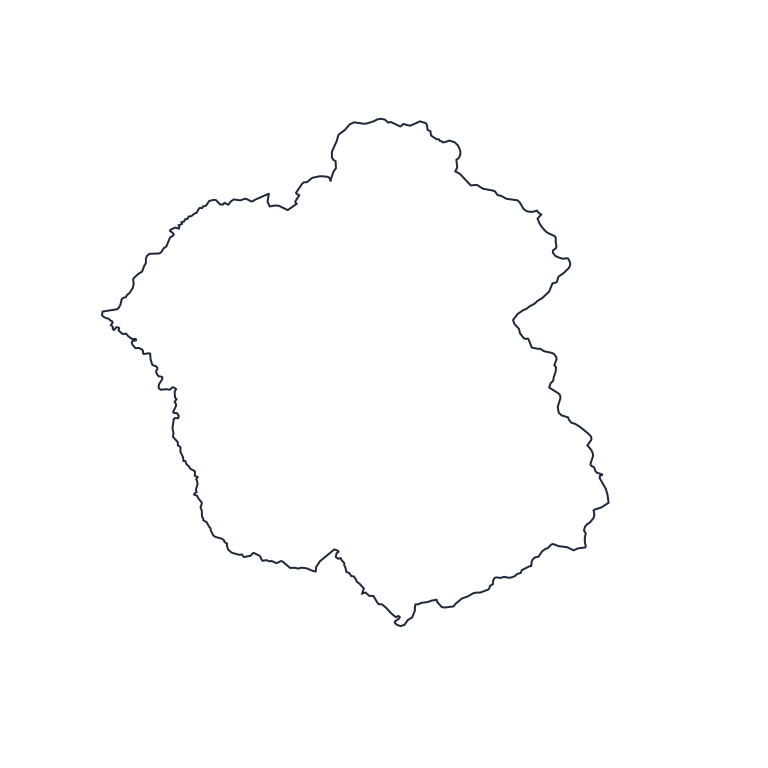 outline of Phuoc Son, Quàng Nam, Vietnam, rotated 323°
{"feature_id": "81297802B80912783182295", "entity_name": "Phuoc Son", "entity_type": "district", "adm_level": 2, "iso_a3": "VNM", "parent_name": "Vietnam", "parent_adm1": "Quàng Nam", "projection": "mercator", "projection_center": [107.809, 15.387], "detail": "fine", "context": "isolated", "style": "outline", "palette": "slate", "viewbox_px": 768, "rotation_deg": 323, "n_neighbors": 0, "source": "geoboundaries", "source_scale": "gbopen_adm2", "svg_char_len": 6166}
<svg xmlns="http://www.w3.org/2000/svg" viewBox="0 0 768 768"><g transform="rotate(323 384 384)"><path d="M611.5,343.3L610.5,340.2L610.4,337.5L606.3,336.0L602.7,332.9L601.6,331.1L600.8,327.8L601.7,321.1L601.2,317.7L593.1,309.6L591.3,305.2L588.3,301.1L588.6,297.0L586.9,294.5L580.7,287.8L578.0,280.9L572.8,277.6L571.1,261.8L568.9,257.1L572.9,255.0L576.7,248.5L579.8,248.5L582.8,246.9L584.7,244.6L586.2,240.6L586.6,237.4L585.9,233.5L582.8,229.0L578.0,227.4L576.2,226.2L576.2,225.0L575.0,223.5L575.1,221.7L573.2,220.0L571.3,214.5L571.3,213.5L573.2,210.2L571.7,207.2L574.1,203.1L574.4,200.8L570.8,195.9L560.3,193.5L555.9,188.0L552.5,188.3L551.8,187.8L547.1,178.8L544.7,177.8L543.8,173.4L541.4,170.5L537.9,168.6L534.6,168.2L527.2,165.7L524.6,164.1L517.6,157.0L512.9,156.0L505.6,157.6L498.6,157.5L497.1,157.9L492.6,161.4L482.1,167.2L478.8,171.6L478.4,174.1L479.4,177.0L475.5,182.7L471.3,184.1L465.2,188.2L463.3,190.1L464.3,187.0L464.2,185.4L462.4,183.3L457.9,179.5L450.8,176.2L444.0,176.4L441.3,174.7L438.8,174.9L428.9,178.3L428.6,179.4L429.9,182.3L423.1,184.8L422.5,185.9L422.7,187.5L411.8,187.2L407.2,178.2L403.8,175.5L399.6,173.4L400.7,168.3L406.4,162.9L406.2,162.6L392.6,159.4L388.8,158.9L387.6,157.9L385.5,153.3L384.4,152.4L379.7,150.8L375.1,146.2L371.6,146.0L367.6,147.1L365.6,143.3L363.4,143.8L361.2,141.9L360.5,136.2L359.4,134.8L354.6,132.6L349.7,134.3L347.9,134.2L346.4,133.2L344.5,134.0L342.9,132.6L342.0,132.5L337.3,134.5L335.0,133.8L331.0,134.0L328.9,132.7L326.1,133.9L324.5,132.8L322.1,133.9L319.7,132.9L319.2,134.4L318.6,134.6L315.6,133.6L315.2,135.2L313.8,136.5L311.4,133.4L306.2,132.3L305.2,133.0L306.2,136.3L306.0,138.2L304.7,138.6L301.4,138.2L292.9,143.2L289.9,143.0L284.9,144.8L282.8,144.3L275.1,138.9L271.8,139.0L269.3,140.6L266.5,144.2L263.3,145.5L258.6,148.6L253.8,148.2L247.4,148.9L246.3,150.0L244.4,153.4L241.0,156.2L235.2,158.3L232.5,158.2L230.2,159.2L227.4,158.3L225.4,158.5L221.2,162.1L218.0,163.5L215.9,163.7L202.9,156.8L200.2,159.2L200.4,161.4L201.8,164.2L203.5,166.3L203.6,168.3L204.6,170.5L204.3,171.6L201.3,172.7L201.8,175.4L200.6,176.6L200.5,177.8L201.2,178.4L204.5,177.6L205.8,178.9L206.1,180.0L204.3,181.4L205.0,185.8L205.9,187.3L208.3,188.5L208.5,191.9L209.8,196.1L210.2,196.8L212.3,198.0L212.8,198.9L212.3,199.8L209.5,198.6L208.5,198.5L207.3,199.3L206.8,201.3L207.0,205.2L207.3,206.0L209.9,207.7L211.5,210.8L211.5,212.4L210.2,214.0L210.1,215.4L214.8,218.0L215.5,219.1L212.5,223.7L210.7,228.5L210.6,229.7L212.7,232.8L212.8,234.6L212.2,235.5L209.5,236.7L208.6,239.8L208.7,242.2L210.6,244.2L211.0,245.3L209.7,246.8L205.1,248.4L203.0,249.8L201.7,251.6L201.7,252.7L202.3,254.2L207.2,257.3L209.4,259.6L213.3,259.4L214.4,261.0L214.9,263.0L212.5,263.9L211.4,265.2L208.9,269.2L209.2,271.3L206.1,272.2L205.7,275.0L204.7,276.3L198.7,279.5L199.0,281.0L201.2,282.8L200.9,286.1L199.0,287.4L196.7,285.5L195.0,285.5L188.5,291.9L186.2,296.8L184.0,298.6L183.7,299.9L184.3,306.4L182.4,309.0L183.3,311.0L183.3,312.3L180.7,315.4L179.4,321.6L177.5,324.7L178.9,326.0L178.0,329.2L178.6,332.9L178.3,335.1L180.4,339.7L180.1,340.6L177.7,343.4L179.1,346.2L176.7,347.1L176.2,349.2L174.9,351.7L170.2,355.2L169.3,357.5L167.0,357.4L165.8,358.0L167.4,360.8L166.9,363.9L167.1,369.0L166.2,370.1L163.4,371.9L162.2,375.6L158.7,380.6L158.6,382.8L157.7,384.1L159.2,387.6L158.5,392.1L158.6,394.7L157.5,396.8L156.5,402.3L157.4,404.8L160.9,409.2L162.2,412.4L161.5,414.3L162.6,417.1L161.4,418.3L159.9,422.3L160.7,426.5L161.6,428.1L165.6,433.3L167.9,434.6L167.8,437.1L168.3,438.1L174.3,440.9L177.3,440.2L178.3,440.5L181.2,446.1L181.2,448.3L180.6,450.1L180.7,452.2L183.9,453.8L186.2,457.1L187.8,457.7L190.0,462.0L192.4,463.0L194.8,463.2L196.1,464.5L198.3,474.3L202.7,477.6L204.3,479.7L207.4,481.0L209.7,483.0L211.8,485.4L214.5,490.2L216.6,492.6L219.7,489.3L226.1,487.0L244.7,486.2L246.7,489.2L247.0,490.2L246.7,490.6L244.0,490.8L241.4,493.1L242.3,496.1L244.6,496.9L244.1,499.3L244.5,502.9L243.0,505.3L242.8,507.2L240.9,511.2L242.5,514.2L242.3,517.7L244.1,519.6L244.1,522.2L243.3,525.8L244.2,528.4L244.9,535.1L240.5,538.2L243.8,539.5L244.7,544.3L248.0,547.0L247.1,554.4L247.3,556.7L249.8,558.9L251.0,564.0L251.8,571.7L253.0,576.8L253.5,577.6L255.5,577.7L256.3,578.7L256.3,579.7L254.8,580.4L249.7,580.2L248.9,581.2L249.4,584.3L251.7,587.4L255.3,588.6L261.2,586.8L266.0,587.4L272.1,583.7L275.0,580.1L276.5,579.0L278.6,580.5L281.9,581.2L287.6,584.4L291.9,585.7L296.2,588.0L295.3,590.3L295.9,596.9L298.2,599.2L305.8,603.5L308.9,602.6L317.2,602.2L323.2,604.1L329.4,604.8L332.3,606.2L335.3,608.5L343.5,610.9L345.0,610.6L347.3,609.0L350.4,609.4L353.1,606.5L355.8,605.4L357.9,606.5L360.2,608.9L363.9,610.3L367.1,613.9L368.7,614.9L372.6,616.1L376.3,615.9L379.4,617.2L382.1,615.6L390.5,617.1L391.9,618.0L395.3,614.5L397.9,613.4L400.9,613.5L403.4,614.9L409.6,612.8L413.2,612.8L416.4,613.6L421.0,612.9L422.7,613.5L425.9,618.6L431.9,624.4L435.4,631.0L439.7,631.9L446.5,635.7L447.6,634.7L449.2,631.3L451.7,627.7L455.3,624.6L455.5,621.3L458.6,619.0L461.7,618.2L465.2,618.5L470.6,617.2L473.5,614.8L475.3,611.1L477.1,611.2L483.2,613.4L491.9,614.0L495.8,607.0L498.0,601.5L499.6,589.0L501.0,587.4L503.5,587.9L503.8,587.6L500.6,582.8L500.4,581.0L501.6,577.0L500.2,573.8L500.3,572.9L501.4,571.6L507.1,567.7L508.7,565.9L509.8,561.8L509.5,555.4L515.5,553.5L516.8,552.5L517.7,550.6L517.3,546.7L514.8,536.4L512.7,531.0L510.3,527.6L510.2,523.6L510.9,521.4L506.9,515.8L506.3,512.0L508.9,506.9L516.5,501.4L517.7,499.2L517.9,497.4L517.5,496.0L513.8,486.3L517.5,483.6L520.9,483.3L523.7,480.7L528.3,477.6L531.5,474.2L531.4,471.4L536.2,468.4L537.4,467.2L537.9,465.6L537.8,462.3L536.8,460.2L531.5,454.1L530.0,449.9L528.1,448.5L523.9,443.8L526.4,435.1L526.1,434.2L524.0,433.1L523.2,431.3L523.1,425.4L525.0,421.2L524.3,414.6L525.3,411.1L525.9,410.4L533.0,408.5L539.7,408.8L542.6,409.7L546.8,409.6L553.0,410.5L556.3,410.0L562.3,410.6L571.4,409.6L579.2,405.0L582.1,406.4L583.7,406.4L587.8,403.3L594.2,403.5L601.5,402.6L604.3,401.1L605.7,399.1L606.6,394.8L605.4,393.3L602.4,391.8L600.2,389.0L598.0,385.0L597.8,380.9L599.3,379.0L603.0,379.0L604.4,378.0L606.9,373.5L609.2,370.6L609.3,368.6L606.2,362.9L605.0,359.7L604.5,353.6L604.9,348.9L606.2,344.3L611.5,343.3Z" fill="none" stroke="#1e293b" stroke-width="2"/></g></svg>